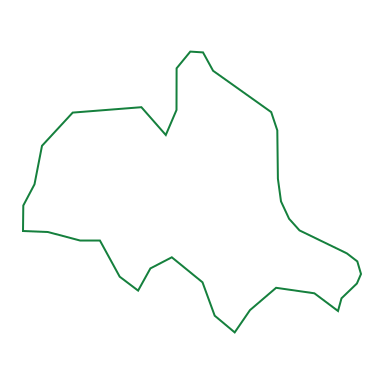 SVG path tracing the border of Ciblas
{"feature_id": "LVA-5745", "entity_name": "Ciblas", "entity_type": "Municipality", "adm_level": 1, "iso_a3": "LVA", "parent_name": "Latvia", "parent_adm1": "", "projection": "albers", "projection_center": [27.868, 56.613], "detail": "fine", "context": "isolated", "style": "outline", "palette": "green", "viewbox_px": 384, "rotation_deg": 0, "n_neighbors": 0, "source": "natural_earth", "source_scale": "10m", "svg_char_len": 570}
<svg xmlns="http://www.w3.org/2000/svg" viewBox="0 0 384 384"><path d="M203.0,52.4L213.1,70.8L271.2,112.1L277.3,130.4L277.9,178.7L281.0,201.4L289.1,218.8L299.5,230.4L346.9,253.4L357.3,261.4L361.0,274.0L356.9,283.5L341.5,298.3L338.0,311.0L314.4,293.3L276.1,287.8L250.0,310.1L234.7,332.4L214.7,315.7L202.5,282.3L171.8,257.3L150.4,268.4L138.1,290.6L119.7,276.7L99.9,240.5L80.0,240.5L47.8,232.0L23.0,231.0L23.3,205.5L34.5,184.3L42.0,145.8L72.7,112.6L141.4,107.2L165.8,135.0L176.5,110.0L176.6,68.3L190.3,51.6L203.0,52.4Z" fill="none" stroke="#15803d" stroke-width="2"/></svg>